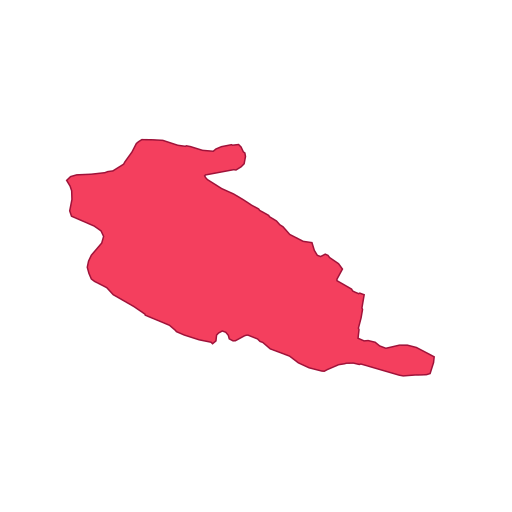 the district of Fraijanes, Guatemala, rotated 290°
{"feature_id": "79465075B66624198993086", "entity_name": "Fraijanes", "entity_type": "district", "adm_level": 2, "iso_a3": "GTM", "parent_name": "Guatemala", "parent_adm1": "", "projection": "natural_earth1", "projection_center": [-90.439, 14.456], "detail": "fine", "context": "isolated", "style": "filled", "palette": "rose", "viewbox_px": 512, "rotation_deg": 290, "n_neighbors": 0, "source": "geoboundaries", "source_scale": "gbopen_adm2", "svg_char_len": 1946}
<svg xmlns="http://www.w3.org/2000/svg" viewBox="0 0 512 512"><g transform="rotate(290 256 256)"><path d="M257.6,357.1L260.5,340.5L261.9,340.0L273.3,341.7L277.0,336.2L279.7,325.7L281.2,323.4L281.4,320.4L279.5,318.7L277.6,316.9L277.6,313.4L281.2,308.9L287.7,304.0L285.9,295.3L287.8,280.3L292.7,271.4L293.5,267.7L295.9,263.3L297.5,255.3L298.5,254.0L300.1,243.8L301.1,242.4L302.2,234.6L304.4,225.4L306.6,213.9L307.6,200.7L311.2,184.1L312.4,181.9L313.7,180.3L314.9,180.8L329.5,205.5L330.0,207.8L334.7,211.5L338.6,213.3L345.9,212.1L349.0,210.3L349.5,208.5L353.3,204.7L354.8,201.5L352.1,196.1L352.2,194.9L346.9,186.1L342.8,181.7L339.8,180.0L337.0,169.6L336.4,157.0L335.7,152.8L334.9,152.1L333.3,144.6L332.8,128.9L329.8,119.0L326.3,108.9L323.2,106.5L320.8,105.1L311.3,103.9L299.6,100.6L297.0,100.2L287.0,92.4L284.6,87.8L282.6,85.5L276.5,73.2L270.9,59.7L267.2,54.6L262.3,52.2L258.1,57.4L254.2,60.5L246.2,63.7L234.7,65.5L230.3,69.0L228.8,93.7L226.6,101.8L222.3,106.1L215.4,106.6L200.4,101.0L194.0,100.4L187.7,101.3L182.6,104.9L178.1,109.1L176.9,113.0L175.9,121.3L175.2,126.6L170.8,135.1L166.7,158.7L163.4,171.5L162.5,172.2L161.3,198.4L158.6,205.6L157.7,207.1L157.2,215.5L157.8,231.3L159.6,243.2L158.7,245.2L162.5,247.4L168.2,246.0L170.9,247.2L174.0,250.0L174.0,253.7L172.0,257.1L169.0,259.2L168.4,263.4L169.3,265.6L177.1,272.5L178.2,273.9L178.9,275.5L178.6,285.8L177.1,289.0L177.1,292.0L173.6,301.2L173.4,321.8L170.1,332.3L169.1,344.1L170.4,357.2L171.1,359.6L173.6,361.8L182.1,370.8L185.0,376.0L186.2,377.7L188.7,384.2L189.4,390.2L190.4,391.5L193.0,431.3L193.7,435.4L195.7,439.8L198.6,446.2L200.4,451.0L202.8,456.8L205.1,459.8L216.6,459.3L222.2,457.9L224.9,438.0L224.0,428.8L221.3,421.3L213.7,409.6L213.8,402.9L215.7,397.5L214.9,390.3L213.2,386.6L213.6,380.0L222.0,378.0L223.2,376.9L233.8,375.9L242.2,374.4L243.4,373.3L256.6,370.9L256.6,366.2L255.7,365.4L255.9,361.2L256.2,358.8L257.6,357.1Z" fill="#f43f5e" stroke="#9f1239" stroke-width="1.5"/></g></svg>